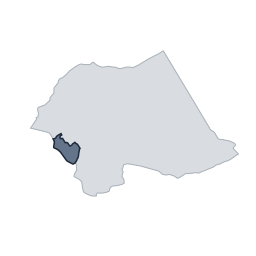 Lamwo highlighted on a map of Uganda, rotated 239°
{"feature_id": "UGA-5603", "entity_name": "Lamwo", "entity_type": "District", "adm_level": 1, "iso_a3": "UGA", "parent_name": "Uganda", "parent_adm1": "", "projection": "orthographic", "projection_center": [32.763, 3.511], "detail": "fine", "context": "in_parent", "style": "filled", "palette": "slate", "viewbox_px": 256, "rotation_deg": 239, "n_neighbors": 0, "source": "natural_earth", "source_scale": "10m", "svg_char_len": 2852}
<svg xmlns="http://www.w3.org/2000/svg" viewBox="0 0 256 256"><g transform="rotate(239 128 128)"><path d="M176.0,198.0L172.8,198.0L167.6,198.0L162.4,198.0L157.1,198.0L151.9,198.0L146.7,198.0L141.4,198.0L136.2,198.0L131.0,198.0L125.8,198.0L120.5,198.0L115.3,198.0L110.1,198.0L104.8,197.9L99.6,197.9L94.4,197.9L89.2,197.9L86.1,197.9L85.5,197.8L85.0,197.7L83.1,198.1L81.0,199.4L78.8,199.9L76.5,199.7L76.2,199.8L75.1,199.8L73.4,199.7L71.8,200.0L70.7,201.1L69.5,203.1L67.3,205.3L65.7,207.2L64.2,208.6L61.0,210.9L59.2,211.6L58.3,211.5L57.8,211.0L56.8,208.1L56.1,207.6L49.8,209.1L48.8,209.1L48.9,208.2L48.4,201.3L48.4,197.1L49.2,194.4L49.7,191.4L49.7,188.7L50.9,184.1L50.5,181.4L52.0,171.7L52.4,170.2L52.9,165.5L53.9,164.1L54.7,163.5L55.8,160.7L57.9,156.1L59.3,153.8L59.0,148.6L59.2,145.1L59.6,144.4L62.6,143.1L66.6,139.9L68.3,136.1L70.7,133.6L75.3,132.1L89.0,119.1L95.3,112.0L98.1,108.4L98.2,107.1L98.7,105.4L97.6,104.1L96.3,102.9L95.9,101.8L94.7,101.2L93.1,101.3L92.0,100.4L90.8,98.9L89.6,97.9L85.7,97.9L82.7,96.3L82.7,94.1L83.9,89.8L86.2,84.8L86.3,83.4L86.0,82.3L85.5,81.3L84.4,80.3L83.5,79.1L84.2,75.5L85.7,72.0L86.8,70.2L88.0,68.3L87.7,66.7L86.0,65.9L86.9,64.3L88.7,61.6L92.2,59.0L95.2,57.2L97.3,57.2L101.2,58.6L104.8,60.3L106.8,60.4L109.2,59.7L114.2,56.7L115.4,57.7L116.8,59.5L118.4,62.5L121.5,63.8L123.0,64.8L124.1,65.1L124.7,64.8L125.9,62.5L127.3,61.2L130.0,59.6L135.8,58.3L140.0,57.9L141.7,57.6L144.7,56.9L149.4,54.5L154.0,57.6L159.0,58.2L163.8,58.1L165.3,57.2L166.1,56.5L171.2,51.4L178.1,44.4L182.7,54.2L184.3,54.7L184.0,55.6L183.7,56.4L186.7,58.8L190.3,60.0L191.7,61.2L191.8,62.5L190.6,68.2L190.8,69.8L192.0,75.5L194.2,76.8L196.1,82.5L200.1,84.9L200.7,85.6L201.6,88.4L202.8,91.5L203.7,92.2L204.3,92.4L205.5,95.6L204.8,97.4L205.7,102.9L207.2,107.9L207.6,113.8L207.6,116.4L207.6,117.9L207.2,120.2L206.5,121.5L205.3,122.7L203.9,124.7L202.7,126.9L201.9,127.9L202.5,131.1L202.4,131.9L202.0,132.3L200.3,132.8L198.0,133.7L196.6,134.5L194.6,136.1L193.0,137.9L191.0,143.0L187.5,147.0L186.9,148.4L183.6,150.8L182.2,153.7L181.3,157.3L180.0,159.9L177.2,163.4L176.6,169.0L176.7,180.2L175.9,193.0L176.0,198.0Z" fill="#d9dde1" stroke="#a8b0b8" stroke-width="1"/><path d="M149.4,54.3L150.0,54.5L153.7,57.6L154.3,57.9L155.2,58.1L157.2,58.2L156.8,59.5L156.6,60.3L156.8,61.3L157.5,62.2L157.8,63.8L157.7,67.7L156.1,67.6L156.1,66.1L154.8,64.6L154.0,64.6L153.4,65.0L153.1,66.2L152.6,66.6L147.7,66.6L147.3,67.3L147.3,67.9L146.6,68.4L145.5,68.7L142.7,68.8L142.3,69.6L142.3,71.0L142.9,72.2L142.9,73.4L143.1,75.1L141.7,75.4L140.1,76.3L135.2,76.4L135.0,75.7L131.4,72.5L130.6,71.9L129.5,71.1L128.0,69.4L127.6,68.4L126.5,67.2L126.3,66.6L126.0,66.2L125.8,65.6L125.3,64.8L125.3,64.4L125.4,64.0L125.2,62.9L125.3,62.5L125.6,62.1L131.0,58.8L132.3,58.5L137.7,58.1L142.3,57.7L144.8,57.0L147.1,55.8L148.9,54.5L149.4,54.3Z" fill="#64748b" stroke="#1e293b" stroke-width="1.5"/></g></svg>